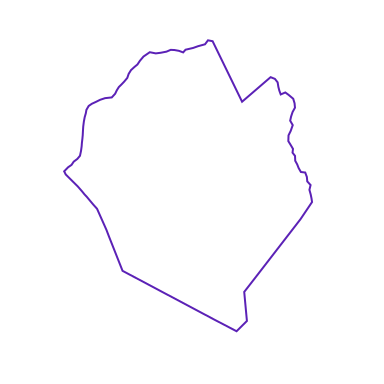 the district of Nossa Senhora dos Remédios, Piauí, Brazil, rotated 167°
{"feature_id": "56859067B87957430353359", "entity_name": "Nossa Senhora dos Remédios", "entity_type": "district", "adm_level": 2, "iso_a3": "BRA", "parent_name": "Brazil", "parent_adm1": "Piauí", "projection": "mercator", "projection_center": [-42.607, -4.016], "detail": "fine", "context": "isolated", "style": "outline", "palette": "violet", "viewbox_px": 384, "rotation_deg": 167, "n_neighbors": 0, "source": "geoboundaries", "source_scale": "gbopen_adm2", "svg_char_len": 1397}
<svg xmlns="http://www.w3.org/2000/svg" viewBox="0 0 384 384"><g transform="rotate(167 192 192)"><path d="M302.1,223.2L299.0,217.4L297.3,213.9L295.5,210.8L293.8,207.4L291.1,202.1L288.3,197.0L283.9,174.4L283.0,167.9L277.4,130.8L198.7,62.4L179.9,46.3L167.5,54.0L163.6,82.9L149.7,94.2L95.1,138.9L92.3,141.2L77.3,155.2L77.0,158.8L76.9,162.8L77.1,167.7L74.9,172.1L77.3,176.4L76.7,180.8L77.3,185.5L81.4,187.0L82.7,191.3L83.3,195.3L84.4,199.2L83.5,204.0L85.2,207.7L83.9,211.3L85.2,215.4L86.7,219.9L85.2,225.5L82.1,229.3L78.8,234.5L80.3,239.4L78.5,243.2L76.0,247.3L72.7,251.0L72.1,255.4L72.4,260.1L76.1,265.0L78.7,268.0L83.6,267.1L84.1,271.1L84.2,275.0L83.9,279.6L85.8,283.6L89.6,286.2L122.9,268.7L138.0,334.3L142.3,336.2L146.1,333.0L153.3,332.7L158.5,332.1L162.1,332.1L166.3,332.1L169.2,330.0L173.0,332.5L177.2,334.3L180.8,335.3L185.3,334.5L191.1,334.7L196.1,335.2L201.7,337.7L208.8,334.9L213.2,331.6L216.5,328.5L220.1,326.7L224.0,324.5L227.1,321.4L229.4,317.7L233.4,314.7L236.6,312.6L239.7,310.7L242.4,308.0L244.8,305.0L248.9,302.2L255.6,303.0L260.8,302.5L265.4,301.4L269.7,300.5L273.3,299.1L276.4,295.8L277.8,292.5L279.7,289.1L281.5,285.0L283.2,280.4L284.5,276.1L285.7,271.9L286.8,268.6L288.2,264.7L289.3,261.2L290.9,257.0L293.0,252.5L296.3,250.0L300.4,248.2L303.3,245.5L307.1,244.0L311.9,240.9L311.1,237.5L308.9,234.0L305.2,228.1L302.1,223.2Z" fill="none" stroke="#5b21b6" stroke-width="2"/></g></svg>